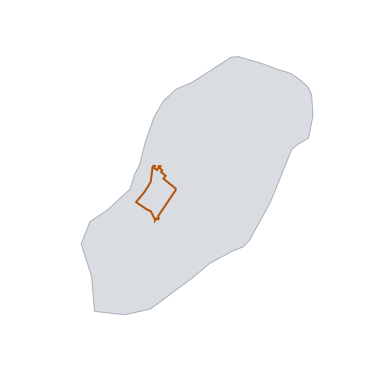 71, Umm Salal, Qatar shown in context, rotated 214°
{"feature_id": "91078587B67880775667160", "entity_name": "71", "entity_type": "district", "adm_level": 2, "iso_a3": "QAT", "parent_name": "Qatar", "parent_adm1": "Umm Salal", "projection": "orthographic", "projection_center": [51.367, 25.463], "detail": "fine", "context": "in_parent", "style": "outline", "palette": "amber", "viewbox_px": 384, "rotation_deg": 214, "n_neighbors": 0, "source": "geoboundaries", "source_scale": "gbopen_adm2", "svg_char_len": 1111}
<svg xmlns="http://www.w3.org/2000/svg" viewBox="0 0 384 384"><g transform="rotate(214 192 192)"><path d="M206.9,337.3L191.1,341.2L176.2,345.5L163.8,345.3L153.8,343.6L147.2,339.5L134.5,323.1L125.6,301.9L131.2,290.1L133.1,282.7L121.2,226.9L117.4,184.0L118.9,175.2L125.8,165.1L137.4,142.8L143.6,121.3L161.1,71.7L179.3,52.5L206.1,38.5L228.1,66.0L254.9,87.0L260.0,110.4L252.1,129.6L244.9,160.0L249.3,174.0L250.9,186.1L258.3,206.4L265.4,232.8L266.6,251.1L262.8,268.2L253.4,282.5L235.0,325.5L229.5,330.0L206.9,337.3Z" fill="#d9dde1" stroke="#a8b0b8" stroke-width="1"/><path d="M238.6,192.2L238.5,190.1L238.4,190.1L235.0,183.5L231.9,177.3L231.6,171.4L231.4,165.7L231.9,160.8L232.7,152.6L232.6,152.3L229.0,152.3L219.1,152.3L215.4,153.0L207.1,148.4L206.7,147.8L206.7,148.7L206.7,150.4L204.7,150.4L204.7,151.3L206.6,153.2L206.6,169.0L206.6,172.3L206.6,184.5L207.5,185.7L215.3,186.4L215.7,186.4L223.2,187.1L222.9,190.7L229.0,191.3L228.8,193.4L232.2,193.7L232.4,195.8L233.5,195.5L234.0,194.7L233.4,192.8L233.3,190.7L236.2,190.6L237.1,191.7L237.2,192.9L238.6,192.2Z" fill="none" stroke="#b45309" stroke-width="2"/></g></svg>